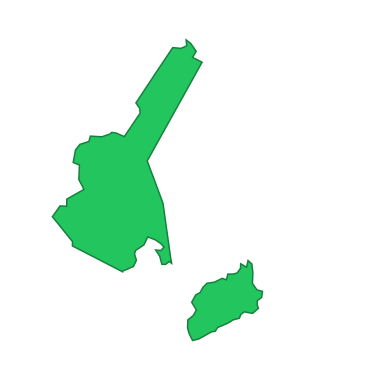 Iberia, Louisiana, United States of America, rotated 304°
{"feature_id": "52423323B66757955193379", "entity_name": "Iberia", "entity_type": "district", "adm_level": 2, "iso_a3": "USA", "parent_name": "United States of America", "parent_adm1": "Louisiana", "projection": "natural_earth1", "projection_center": [-91.77, 29.798], "detail": "fine", "context": "isolated", "style": "filled", "palette": "green", "viewbox_px": 384, "rotation_deg": 304, "n_neighbors": 0, "source": "geoboundaries", "source_scale": "gbopen_adm2", "svg_char_len": 1355}
<svg xmlns="http://www.w3.org/2000/svg" viewBox="0 0 384 384"><g transform="rotate(304 192 192)"><path d="M305.2,127.8L303.9,117.2L311.0,116.8L314.5,107.8L314.8,102.1L310.2,105.9L304.9,102.5L300.9,95.3L270.6,95.4L234.5,95.7L232.1,101.9L228.3,104.9L200.1,104.9L198.4,95.9L196.5,92.1L194.0,91.5L187.3,86.3L181.5,76.5L176.2,78.3L168.8,72.4L161.7,71.9L150.0,77.0L151.4,83.6L138.9,91.3L135.1,98.7L133.5,100.9L123.8,96.0L116.2,92.2L113.9,93.6L110.1,96.1L106.7,90.4L93.4,90.1L90.1,101.1L89.3,103.6L84.0,120.7L80.4,123.0L87.0,178.9L87.3,178.6L97.5,185.1L104.3,184.1L108.6,178.9L112.2,178.0L121.2,181.7L130.0,180.5L131.8,188.2L131.8,195.3L130.6,199.5L126.2,199.0L123.6,194.3L120.7,201.2L115.2,207.4L117.2,210.6L121.7,212.0L121.5,215.0L126.9,209.8L166.4,174.3L178.4,157.6L192.7,137.5L239.2,133.5L305.2,127.8ZM73.0,268.8L69.2,275.5L73.8,279.7L87.0,286.4L89.5,289.1L93.9,289.0L104.2,295.6L108.6,297.3L113.8,301.8L117.9,301.0L121.9,302.4L125.2,310.1L132.8,312.1L134.9,309.1L138.3,306.9L143.6,308.7L149.0,306.0L147.2,300.6L149.9,293.3L159.1,287.6L165.8,281.9L166.5,276.8L160.2,279.3L159.7,272.5L155.7,274.9L150.0,274.7L146.5,271.4L144.0,267.6L138.5,269.6L137.3,265.3L129.9,261.1L124.7,255.4L119.1,254.4L113.1,254.9L108.7,252.6L100.4,253.4L96.7,261.6L90.3,262.1L83.7,260.1L76.8,264.3L75.6,265.7L73.0,268.8Z" fill="#22c55e" stroke="#15803d" stroke-width="1.5"/></g></svg>